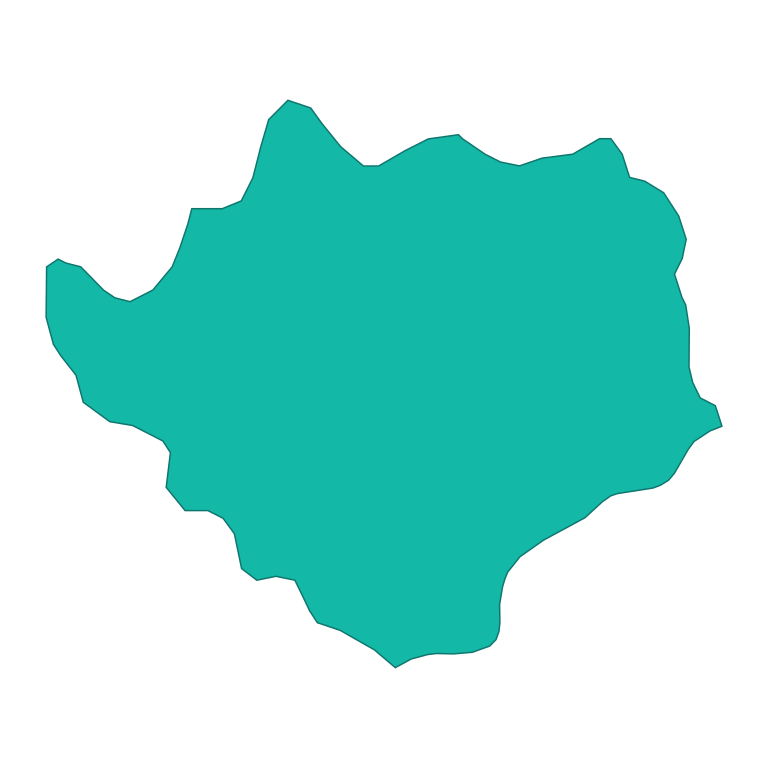 the district of Tongsin, Chagang-do, North Korea
{"feature_id": "82179303B24749722055654", "entity_name": "Tongsin", "entity_type": "district", "adm_level": 2, "iso_a3": "PRK", "parent_name": "North Korea", "parent_adm1": "Chagang-do", "projection": "robinson", "projection_center": [126.481, 40.221], "detail": "fine", "context": "isolated", "style": "filled", "palette": "teal", "viewbox_px": 768, "rotation_deg": 0, "n_neighbors": 0, "source": "geoboundaries", "source_scale": "gbopen_adm2", "svg_char_len": 1428}
<svg xmlns="http://www.w3.org/2000/svg" viewBox="0 0 768 768"><path d="M395.4,667.7L395.9,667.3L411.2,659.0L427.4,654.6L436.5,653.5L453.4,653.9L472.3,652.3L489.8,646.0L496.0,639.6L498.9,631.7L499.9,622.7L499.6,604.5L502.5,587.1L504.8,579.2L507.7,572.1L520.0,556.7L543.4,540.2L585.0,517.7L602.2,501.9L610.6,495.9L617.4,493.6L653.1,488.0L660.3,485.3L668.7,480.1L674.6,473.0L688.2,449.4L694.0,441.5L708.5,431.9L710.3,430.8L721.9,426.2L719.1,417.3L715.3,405.7L700.2,397.9L692.7,382.5L689.0,367.0L689.1,351.5L689.3,328.3L685.7,305.0L681.9,297.3L674.5,274.1L682.2,258.6L686.2,239.3L678.7,216.0L663.7,192.8L644.8,181.2L629.6,177.4L622.2,154.2L610.9,138.7L599.5,138.7L572.7,154.2L542.2,158.1L519.4,165.9L500.4,162.0L485.2,154.3L462.5,138.8L458.5,134.7L428.3,138.9L405.4,150.5L378.6,166.0L363.4,166.0L340.7,146.7L321.9,123.5L310.7,108.0L287.9,100.3L268.7,119.6L260.8,146.7L252.9,177.7L241.3,200.9L222.2,208.7L207.0,208.7L191.8,208.7L187.8,224.2L180.0,247.4L172.2,266.8L152.9,290.0L130.0,301.7L114.8,297.8L103.5,290.1L99.7,286.2L95.9,282.3L80.8,266.9L65.7,263.0L58.1,259.1L46.6,266.9L46.4,290.1L46.1,317.2L53.4,344.3L60.9,355.9L76.0,375.2L83.3,402.3L109.8,421.7L132.6,425.5L162.9,441.0L170.4,452.6L166.2,487.4L185.1,510.6L207.9,510.6L223.1,518.3L234.4,533.8L241.6,568.6L256.8,580.2L275.9,576.3L294.9,580.2L302.4,595.6L309.8,611.1L317.4,622.7L340.2,630.4L374.3,649.8L395.4,667.7Z" fill="#14b8a6" stroke="#0f766e" stroke-width="1.5"/></svg>